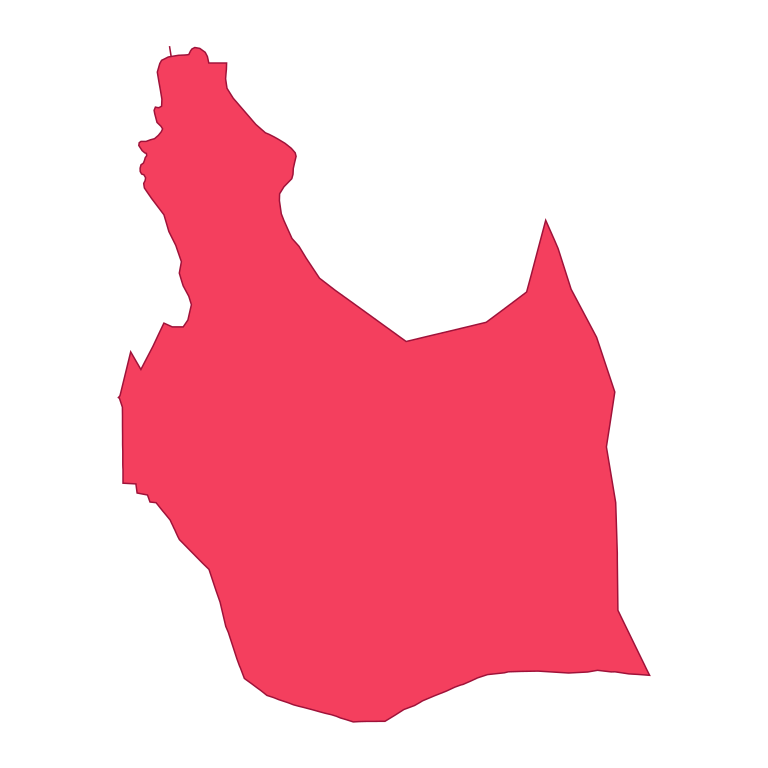 outline of Bahr Al Arab, Eastern Darfur, Sudan
{"feature_id": "16777658B76242579856769", "entity_name": "Bahr Al Arab", "entity_type": "district", "adm_level": 2, "iso_a3": "SDN", "parent_name": "Sudan", "parent_adm1": "Eastern Darfur", "projection": "robinson", "projection_center": [26.432, 10.41], "detail": "fine", "context": "isolated", "style": "filled", "palette": "rose", "viewbox_px": 768, "rotation_deg": 0, "n_neighbors": 0, "source": "geoboundaries", "source_scale": "gbopen_adm2", "svg_char_len": 3232}
<svg xmlns="http://www.w3.org/2000/svg" viewBox="0 0 768 768"><path d="M226.6,63.0L225.9,63.0L221.9,63.0L208.8,63.0L207.4,56.5L205.2,52.3L199.8,48.4L194.8,47.5L194.6,47.6L191.9,49.0L190.5,51.0L188.8,54.5L187.3,54.8L184.9,55.0L178.4,55.3L171.2,56.5L169.5,46.1L171.1,56.5L168.2,57.0L164.3,59.0L161.6,60.3L159.8,63.5L157.3,72.1L158.9,81.7L160.4,90.1L161.9,99.2L161.6,106.2L158.9,107.7L158.4,107.6L158.2,107.7L155.4,107.1L154.1,110.3L154.7,113.6L157.0,122.4L161.0,126.3L162.6,128.9L161.3,131.7L158.5,135.2L158.1,135.6L154.5,138.7L150.4,139.8L146.1,141.4L145.4,141.4L141.0,141.4L139.2,142.7L138.8,145.5L142.1,150.6L144.8,152.9L146.4,153.4L146.7,155.8L145.3,157.5L144.4,160.6L143.4,163.1L141.0,164.8L140.1,168.2L140.2,171.5L141.6,174.0L143.9,174.8L145.6,177.8L145.1,180.6L144.9,181.0L143.7,183.4L143.8,184.2L144.2,186.9L144.4,188.0L146.7,191.4L151.6,198.5L162.8,213.3L163.9,214.7L165.6,220.4L166.7,224.1L168.2,229.3L168.9,231.6L175.6,245.0L175.8,245.4L177.0,249.0L181.4,261.7L179.3,273.1L181.7,281.2L183.2,285.9L188.8,296.3L191.4,304.7L187.9,320.0L183.2,326.9L182.5,326.9L172.3,326.9L163.9,323.1L163.8,323.3L158.2,335.1L152.9,346.4L144.8,361.9L140.9,369.5L130.7,351.9L130.5,352.7L120.0,395.7L118.4,397.6L119.4,398.2L122.4,407.2L122.5,416.2L122.5,425.4L122.6,436.3L122.6,444.7L122.8,451.3L122.8,458.1L122.8,464.7L122.9,467.7L123.0,469.4L123.0,474.5L123.0,483.2L135.9,483.9L137.1,493.0L147.5,495.0L150.0,502.0L156.1,502.7L160.4,508.1L162.8,511.1L166.3,515.3L167.6,516.9L170.2,520.1L171.5,523.0L172.4,524.8L172.7,525.4L173.9,528.1L174.7,529.6L176.1,532.8L177.9,536.7L179.4,539.6L191.1,551.5L197.1,557.6L202.8,563.4L209.0,569.4L214.5,586.0L216.0,590.5L220.1,602.2L225.8,626.5L228.3,632.3L233.6,648.6L236.9,658.8L239.6,666.2L240.4,667.9L241.1,669.8L244.4,678.5L251.6,683.7L256.8,687.6L260.8,690.5L266.9,695.4L273.7,697.6L278.9,699.7L283.2,701.1L288.3,702.8L293.5,704.8L299.0,706.3L303.6,707.4L312.3,709.7L320.1,711.9L325.3,713.3L331.4,714.7L336.2,716.2L340.6,718.0L346.4,719.7L353.2,721.9L355.4,721.8L358.8,721.6L366.6,721.4L375.0,721.4L380.0,721.3L385.0,721.3L395.3,715.0L403.9,709.5L414.6,705.5L420.0,702.4L422.6,700.8L434.7,695.7L446.6,691.0L454.7,687.2L460.7,685.0L463.1,684.4L466.5,682.9L470.2,681.3L477.5,677.9L487.5,674.6L504.4,672.8L508.4,671.8L521.0,671.4L538.1,671.1L568.6,673.0L587.7,672.0L597.5,670.3L611.2,671.9L615.0,671.8L628.9,673.9L637.7,674.4L649.6,675.3L646.2,668.5L643.9,663.7L640.8,657.4L620.6,615.9L619.4,613.4L617.9,610.3L617.3,559.0L617.3,552.9L617.2,550.4L616.8,537.3L615.7,502.6L606.4,446.9L607.8,437.8L609.8,425.0L614.8,392.0L605.1,362.9L596.6,337.3L571.1,289.2L558.6,250.1L558.0,248.3L554.6,240.4L545.7,220.3L537.7,250.4L531.3,274.7L526.6,292.0L509.5,304.9L486.2,322.3L475.4,324.9L470.1,326.2L424.4,337.1L406.1,341.5L406.0,341.4L355.5,304.9L335.2,290.3L319.5,278.2L306.2,258.2L305.0,256.2L299.0,246.3L292.0,238.5L287.8,229.2L283.9,220.5L281.3,213.8L279.4,200.6L279.6,193.8L284.0,186.7L285.0,185.7L291.8,178.7L293.0,174.3L293.3,168.4L294.7,162.2L296.1,156.3L296.0,156.0L295.2,152.8L293.3,150.6L291.3,148.3L285.0,143.3L277.7,138.9L275.0,137.4L274.3,137.0L269.0,134.3L265.4,132.8L255.8,124.4L233.2,98.2L227.0,88.3L225.6,78.8L226.1,72.4L226.4,69.4L226.6,63.0Z" fill="#f43f5e" stroke="#9f1239" stroke-width="1.5"/></svg>